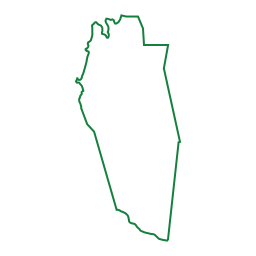 Crownlands/Marc, Castries, Saint Lucia (Robinson projection)
{"feature_id": "8701671B44468241471992", "entity_name": "Crownlands/Marc", "entity_type": "district", "adm_level": 2, "iso_a3": "LCA", "parent_name": "Saint Lucia", "parent_adm1": "Castries", "projection": "robinson", "projection_center": [-60.974, 13.951], "detail": "fine", "context": "isolated", "style": "outline", "palette": "green", "viewbox_px": 256, "rotation_deg": 0, "n_neighbors": 0, "source": "geoboundaries", "source_scale": "gbopen_adm2", "svg_char_len": 4799}
<svg xmlns="http://www.w3.org/2000/svg" viewBox="0 0 256 256"><path d="M167.1,240.6L168.0,239.4L178.6,142.3L180.0,141.9L164.0,69.0L163.8,68.8L168.1,45.0L144.0,45.0L143.0,28.5L138.0,16.5L126.1,16.5L121.4,15.4L120.2,19.4L118.3,22.3L116.1,23.6L115.0,23.5L114.4,22.3L113.7,20.1L112.3,19.4L110.7,19.9L108.2,18.9L106.4,18.7L105.5,20.8L105.9,22.4L108.2,26.3L108.5,27.9L108.4,30.2L107.7,32.0L108.7,33.9L108.8,35.9L108.1,37.6L107.2,37.8L106.4,36.9L105.7,35.3L104.4,34.5L102.0,33.8L101.9,32.3L102.4,31.0L102.3,27.8L101.1,25.7L99.0,24.7L98.2,24.4L98.1,24.2L97.9,24.1L97.7,24.0L97.5,23.8L97.4,23.6L97.2,23.3L97.1,23.1L96.9,23.0L96.7,22.8L96.5,22.6L96.4,22.5L96.2,22.3L96.0,22.2L95.8,22.2L95.6,22.2L95.2,22.3L94.8,22.5L94.6,22.7L94.5,22.9L94.4,23.1L94.2,23.3L94.1,23.5L93.9,23.7L93.8,23.8L93.6,23.9L93.4,24.1L93.3,24.3L93.1,24.4L92.9,24.6L92.4,25.0L92.1,25.3L92.0,25.5L92.0,25.8L92.0,26.0L92.2,26.5L92.2,26.9L92.3,27.2L92.3,27.4L92.3,27.7L92.3,29.5L92.3,29.8L92.3,30.0L92.3,30.5L92.3,30.8L92.3,31.3L92.3,31.6L92.3,32.3L92.3,32.8L92.3,33.0L92.4,34.2L92.4,34.4L92.3,34.7L92.3,34.9L92.3,35.2L92.2,35.4L92.2,35.7L92.1,35.9L92.1,36.0L92.0,36.5L91.9,36.9L91.8,37.4L91.7,37.6L91.6,37.9L91.5,38.1L91.5,38.4L91.3,38.8L91.2,39.2L91.1,39.4L91.0,39.6L91.0,39.9L90.9,40.1L90.8,40.3L90.7,40.5L90.4,40.9L90.2,41.1L89.9,41.3L89.7,41.4L89.5,41.5L89.4,41.6L89.2,41.7L89.1,41.8L88.9,41.9L88.7,42.0L88.3,42.3L88.1,42.5L88.0,42.9L87.9,43.1L87.9,43.3L87.8,43.6L87.8,43.9L87.9,44.1L87.9,44.4L88.0,44.6L88.1,44.9L88.2,45.1L88.3,45.3L88.4,45.5L88.4,45.9L88.4,46.0L88.3,46.5L88.2,46.7L88.1,46.9L88.0,47.2L87.9,47.4L87.7,47.6L87.4,47.9L87.3,48.1L87.1,48.3L86.9,48.4L86.8,48.6L86.6,48.6L86.4,48.7L86.1,48.7L85.9,48.8L85.6,49.1L85.6,49.4L85.6,49.6L85.7,49.8L85.7,50.0L85.9,50.2L86.2,50.6L86.4,50.7L86.6,50.8L86.9,51.0L87.2,51.1L87.4,51.1L87.6,51.2L87.8,51.2L88.0,51.3L88.4,51.6L88.6,51.7L88.7,51.9L88.8,52.1L88.8,52.4L88.8,52.6L88.8,52.8L88.8,53.1L88.7,53.3L88.6,53.5L88.6,53.8L88.5,54.0L88.4,54.2L88.1,54.9L88.1,55.1L88.0,55.3L87.9,55.6L87.8,55.8L87.7,56.0L87.6,56.3L87.5,56.7L87.4,56.8L87.4,57.0L87.3,57.5L87.2,57.7L87.2,58.0L87.1,58.5L87.0,58.9L86.9,59.2L86.9,59.4L86.9,59.6L86.8,59.8L86.8,60.0L86.8,60.3L86.7,60.7L86.6,60.9L86.6,61.2L86.5,61.5L86.5,61.9L86.4,62.3L86.4,62.5L86.2,63.0L86.1,63.4L86.0,63.7L85.9,64.0L85.8,64.5L85.7,65.0L85.5,65.5L85.4,65.9L85.4,66.1L85.3,66.4L85.2,66.5L85.1,67.0L85.0,67.6L84.9,67.9L84.8,68.1L84.7,68.6L84.6,68.8L84.5,69.2L84.4,69.4L84.3,69.9L84.3,70.0L84.2,70.3L84.1,70.6L84.1,70.8L84.0,71.0L83.9,71.3L83.9,71.5L83.7,72.0L83.6,72.4L83.5,72.7L83.4,72.9L83.3,73.1L83.2,73.4L83.0,74.0L82.9,74.3L82.7,74.6L82.7,74.8L82.6,75.0L82.4,75.4L82.3,75.6L82.2,75.8L82.1,76.1L82.0,76.5L81.9,77.0L81.8,77.5L81.7,77.7L81.6,77.9L81.6,78.1L81.5,78.3L81.4,78.5L81.2,78.8L81.1,79.0L80.8,79.3L80.6,79.4L80.5,79.6L80.3,79.7L80.1,79.8L79.8,79.9L79.5,79.9L79.3,79.9L79.1,79.9L78.8,79.9L78.6,79.8L78.4,79.7L78.2,79.6L78.0,79.4L77.9,79.2L77.7,78.8L77.5,78.4L77.3,78.3L77.2,78.6L77.0,78.9L76.9,79.4L76.8,79.9L76.2,80.9L76.0,81.4L76.6,82.4L76.9,82.7L78.5,82.5L78.9,82.5L79.2,82.7L79.6,83.2L79.9,83.8L80.2,84.0L81.4,85.4L81.8,86.0L82.6,88.1L82.8,88.9L83.0,89.6L83.0,90.0L83.3,90.4L83.3,90.9L82.3,91.4L81.8,91.8L81.6,92.5L81.7,93.5L81.8,93.9L80.9,95.1L80.3,95.8L80.1,96.6L80.1,97.0L79.5,98.4L79.1,99.0L79.2,99.7L79.3,101.3L79.5,102.1L80.1,103.0L80.6,104.5L81.2,106.6L81.2,108.2L87.2,124.2L94.1,131.7L116.6,209.7L116.8,209.6L117.2,209.7L117.3,209.7L117.5,209.7L117.7,209.8L117.9,209.8L118.1,209.9L118.3,209.9L118.6,210.0L118.8,210.1L119.1,210.2L119.3,210.3L119.5,210.3L119.8,210.5L120.0,210.6L120.3,210.9L120.4,211.0L120.6,211.1L120.9,211.3L121.0,211.3L121.3,211.4L121.4,211.5L121.6,211.5L121.8,211.5L122.3,211.7L122.5,211.8L122.8,211.9L123.0,212.0L123.3,212.1L123.5,212.2L123.6,212.3L123.8,212.4L124.0,212.5L124.4,212.7L124.7,212.9L124.9,213.0L125.5,213.3L125.7,213.5L125.9,213.6L126.0,213.8L126.4,214.1L126.6,214.3L127.0,214.7L127.3,215.0L127.6,215.4L127.7,215.5L127.8,215.7L127.9,215.9L128.0,216.1L128.1,216.4L128.2,216.6L128.3,216.8L128.3,217.0L128.4,217.4L128.5,217.7L128.5,218.0L128.6,218.4L128.7,218.6L128.7,218.8L128.8,219.0L128.8,219.4L128.9,219.6L128.9,219.8L128.9,220.0L129.0,220.5L129.0,221.0L129.1,221.3L129.2,221.5L129.3,221.7L129.4,221.8L129.5,222.0L129.8,222.3L130.2,222.6L130.5,222.8L130.8,223.0L131.2,223.2L131.4,223.2L131.6,223.3L131.9,223.3L132.1,223.3L132.5,223.4L132.8,223.5L133.0,223.5L133.3,223.6L133.5,223.7L133.9,223.8L134.1,223.8L134.4,223.9L134.6,224.0L134.9,224.2L135.0,224.3L135.3,224.5L135.5,224.6L135.8,225.1L136.0,225.4L136.1,225.5L136.4,225.9L136.5,226.1L136.7,226.5L136.8,226.7L137.9,227.8L139.3,229.0L140.3,230.5L141.5,231.1L144.9,232.5L146.6,232.9L148.8,233.4L150.2,233.8L153.8,234.3L155.1,235.1L158.1,238.0L158.9,238.8L162.9,239.9L167.1,240.6Z" fill="none" stroke="#15803d" stroke-width="2"/></svg>